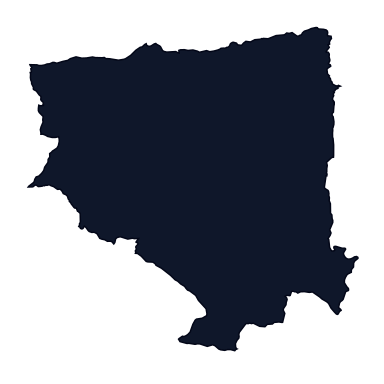 Villeta, Cundinamarca, Colombia (Mercator projection), rotated 88°
{"feature_id": "7082276B61730001772347", "entity_name": "Villeta", "entity_type": "district", "adm_level": 2, "iso_a3": "COL", "parent_name": "Colombia", "parent_adm1": "Cundinamarca", "projection": "mercator", "projection_center": [-74.484, 5.006], "detail": "fine", "context": "isolated", "style": "filled", "palette": "ink", "viewbox_px": 384, "rotation_deg": 88, "n_neighbors": 0, "source": "geoboundaries", "source_scale": "gbopen_adm2", "svg_char_len": 5788}
<svg xmlns="http://www.w3.org/2000/svg" viewBox="0 0 384 384"><g transform="rotate(88 192 192)"><path d="M264.2,28.5L263.1,28.5L262.2,29.8L262.5,31.9L263.7,33.9L264.5,36.2L264.5,38.7L263.2,40.7L261.3,42.0L259.5,42.7L258.1,42.7L254.6,40.5L254.0,40.6L253.5,41.2L253.4,44.0L251.3,50.2L251.4,51.7L252.0,52.2L253.1,52.1L254.7,51.3L255.3,51.4L255.8,52.4L255.8,54.3L254.9,55.1L252.2,56.4L244.3,57.0L243.4,57.7L240.2,55.5L237.8,54.5L234.6,55.7L227.4,52.4L225.3,52.3L223.4,52.9L219.8,53.0L218.0,54.3L208.5,54.1L205.4,55.2L202.5,54.9L199.8,55.5L198.7,55.2L196.3,55.5L195.2,56.0L193.0,59.2L191.6,59.5L180.5,57.5L180.6,56.7L178.7,56.4L178.4,57.0L178.0,57.1L176.6,56.6L173.3,56.5L170.2,55.9L167.0,56.5L162.8,51.6L162.3,50.8L162.2,49.4L160.6,49.2L149.8,48.8L143.1,49.2L142.5,49.6L137.8,49.5L135.6,49.2L132.9,49.2L132.5,48.8L129.5,47.9L126.7,47.7L121.7,48.3L120.3,49.3L119.8,49.3L118.3,49.1L117.2,47.9L111.0,47.2L109.4,46.8L107.1,46.7L105.9,47.4L106.2,47.6L104.4,48.4L102.5,48.0L100.7,47.0L98.9,47.4L97.5,46.3L96.7,47.0L95.7,45.6L94.9,45.3L94.3,44.6L93.5,42.5L92.8,42.6L92.0,42.0L91.4,40.1L90.5,42.0L91.1,42.7L90.9,44.6L89.2,47.5L88.4,48.1L87.1,48.2L85.3,49.6L84.1,49.6L83.1,49.9L82.1,51.2L81.7,51.3L80.8,50.6L78.6,52.5L75.5,52.7L75.0,53.1L74.3,52.9L72.9,51.8L71.2,49.0L70.7,49.0L69.7,49.4L68.9,50.8L68.3,51.2L66.2,49.9L64.9,49.6L61.4,50.3L59.6,50.0L58.3,50.2L56.9,51.3L57.1,52.9L56.2,53.1L52.3,49.8L49.5,50.9L49.0,49.3L47.1,49.5L44.6,48.3L43.6,47.3L41.2,47.6L40.6,51.0L39.5,51.2L37.5,50.8L35.9,51.1L34.7,52.3L34.0,54.8L33.5,59.7L32.9,60.6L32.2,60.9L31.9,62.2L32.8,67.1L34.0,69.8L35.2,74.1L36.8,76.0L38.7,77.1L39.3,79.1L40.2,80.6L39.4,82.2L36.2,86.4L36.9,89.3L36.4,91.8L38.0,93.9L38.2,94.7L38.6,102.5L41.5,110.6L41.0,115.5L41.5,116.0L41.1,116.9L41.7,118.3L42.0,123.9L44.1,128.4L43.3,132.9L44.9,135.2L47.2,137.4L46.5,141.3L44.8,142.3L43.8,145.4L43.9,146.4L45.0,148.3L47.6,149.6L48.6,150.9L48.6,152.1L49.6,154.1L49.3,154.9L49.4,158.0L50.3,159.3L51.0,161.3L51.9,165.2L52.4,169.4L51.2,172.5L52.6,179.7L51.5,181.5L50.1,186.1L50.4,191.0L49.5,194.7L49.5,198.7L50.0,200.2L52.6,200.0L52.4,201.1L51.1,203.3L51.3,212.4L50.5,215.2L49.6,216.5L45.7,218.4L44.9,219.2L43.1,222.3L42.3,223.0L42.7,224.6L44.6,227.8L45.0,229.9L44.0,232.1L42.2,232.6L43.0,234.2L45.2,236.7L45.6,238.8L48.4,243.2L53.3,248.5L56.5,253.8L57.0,255.5L57.7,260.9L56.0,269.5L55.7,272.5L55.9,273.1L54.5,275.0L54.7,277.1L54.3,283.8L53.6,286.7L54.4,292.9L54.4,297.5L52.9,303.2L54.5,309.0L56.1,311.5L57.0,316.6L58.6,322.6L57.7,325.2L57.6,326.5L58.9,329.9L59.0,332.4L59.9,334.9L60.3,337.9L60.2,340.7L59.5,342.5L59.1,349.5L60.2,349.1L61.5,347.8L62.1,347.7L63.2,348.8L66.3,348.3L66.8,348.6L66.9,349.5L68.6,349.2L72.0,349.5L74.5,349.2L76.3,348.5L78.2,348.5L81.9,346.8L83.3,347.0L84.0,346.8L85.7,344.0L89.7,341.3L90.9,339.9L91.7,339.6L94.4,339.9L95.4,339.4L96.9,337.9L97.8,337.4L99.4,337.9L99.8,337.3L100.4,337.4L100.5,340.7L99.9,342.1L103.0,342.6L105.4,342.7L107.2,341.9L111.4,338.1L114.4,338.6L115.9,338.6L116.6,338.2L121.5,340.5L124.4,341.4L127.6,340.9L129.0,341.0L129.0,339.0L130.2,336.2L131.4,334.4L132.6,329.9L132.7,326.6L132.1,323.4L134.3,322.9L136.9,322.9L141.2,324.0L143.5,325.5L146.2,330.0L147.5,331.2L148.6,332.9L152.1,332.9L154.3,334.6L157.4,334.9L162.1,338.4L165.0,339.3L166.0,339.9L168.2,341.7L170.8,344.6L171.5,347.2L173.8,348.7L175.7,349.2L176.9,349.9L180.6,355.0L181.3,355.5L181.3,350.9L179.6,348.5L179.7,347.3L181.2,345.5L181.2,344.2L180.9,341.4L180.4,340.3L180.6,339.0L180.0,338.1L180.3,336.7L179.7,334.5L180.8,332.7L181.8,330.1L184.4,326.7L184.7,326.0L184.5,324.2L184.8,323.4L186.7,321.8L189.1,320.7L190.4,318.0L191.9,316.6L194.7,315.9L195.9,314.9L197.2,314.9L198.4,313.6L199.5,313.2L203.4,310.4L203.9,309.8L204.2,308.1L207.2,307.1L207.5,306.4L209.5,304.5L217.8,304.6L218.9,304.9L219.6,305.5L221.2,305.6L222.5,306.4L223.3,305.2L224.5,304.7L225.1,303.3L224.6,302.2L222.4,300.9L223.7,299.2L226.9,297.1L227.9,296.1L228.9,293.5L228.8,291.6L229.2,290.3L230.5,288.3L235.1,285.8L236.0,283.7L236.7,280.8L238.3,278.3L238.4,275.1L238.8,273.9L241.2,272.0L239.8,270.9L236.1,269.9L235.0,268.6L234.4,266.6L234.3,264.9L236.8,257.8L236.1,253.2L236.6,251.3L236.6,247.0L239.9,249.6L240.4,249.6L240.8,248.2L241.4,247.8L242.6,248.1L244.4,249.9L245.1,250.1L247.2,249.6L248.9,250.7L250.3,250.3L251.3,250.7L251.5,248.6L254.3,245.0L259.8,240.2L260.3,238.6L260.7,233.6L262.3,231.4L264.0,230.5L267.1,225.2L274.5,216.4L279.2,211.9L280.6,209.4L283.5,206.5L286.0,202.7L288.3,201.2L289.9,199.8L290.8,197.7L295.5,191.9L300.6,189.3L309.2,182.0L314.3,181.3L316.1,181.7L318.5,186.2L319.2,192.0L320.2,193.3L324.2,195.7L332.0,198.8L334.4,201.3L335.5,203.2L335.9,204.0L336.1,206.1L335.8,206.6L338.0,210.0L338.6,210.6L341.1,209.2L343.2,202.3L343.1,200.4L344.3,194.3L343.9,191.7L344.1,189.4L346.8,182.1L345.4,176.6L346.5,174.3L349.9,170.7L350.7,168.9L351.4,164.8L350.7,162.0L350.8,159.0L352.1,154.8L350.9,153.7L350.4,152.5L350.1,153.1L348.3,153.8L345.0,153.9L341.8,152.2L339.7,150.3L338.2,150.0L335.9,150.2L333.9,149.6L325.4,142.7L325.5,140.2L325.0,139.0L325.6,137.1L325.2,135.4L328.6,129.1L329.2,123.8L326.9,121.4L326.7,116.2L325.2,114.5L324.9,109.7L325.5,106.6L325.4,106.0L316.6,103.5L313.4,104.9L311.8,104.7L308.0,102.0L305.6,101.7L302.9,100.7L301.4,101.0L299.7,102.4L299.7,102.1L299.3,102.2L298.9,101.8L298.6,100.4L299.0,98.1L298.8,97.5L294.8,96.0L294.7,94.4L295.4,92.6L295.3,91.6L296.7,89.8L295.5,87.0L295.5,83.1L296.4,78.3L296.1,75.1L301.3,68.1L303.5,65.8L306.3,61.3L308.1,59.4L312.9,57.1L317.0,53.8L318.9,52.1L319.4,51.1L319.1,50.3L316.5,48.7L315.5,47.1L314.7,47.4L312.5,49.6L308.1,48.4L306.8,47.5L305.6,45.7L304.5,44.7L297.5,42.1L296.8,41.6L296.0,39.3L295.4,38.9L293.8,39.1L292.2,40.5L288.0,42.9L285.2,42.7L282.8,41.7L280.1,40.0L279.4,39.1L277.8,35.6L275.1,35.4L272.6,33.2L268.5,32.9L266.6,31.7L264.2,28.5Z" fill="#0f172a" stroke="#020617" stroke-width="1.5"/></g></svg>